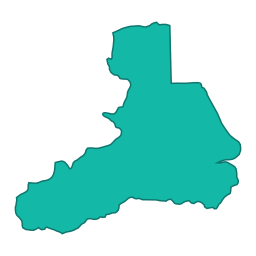 outline of Song, Sarawak, Malaysia
{"feature_id": "92858781B41369964486545", "entity_name": "Song", "entity_type": "district", "adm_level": 2, "iso_a3": "MYS", "parent_name": "Malaysia", "parent_adm1": "Sarawak", "projection": "natural_earth1", "projection_center": [112.482, 1.826], "detail": "fine", "context": "isolated", "style": "filled", "palette": "teal", "viewbox_px": 256, "rotation_deg": 0, "n_neighbors": 0, "source": "geoboundaries", "source_scale": "gbopen_adm2", "svg_char_len": 3721}
<svg xmlns="http://www.w3.org/2000/svg" viewBox="0 0 256 256"><path d="M61.6,233.0L62.3,233.7L65.5,232.3L67.2,231.8L69.3,231.5L71.3,231.0L73.8,230.2L75.5,229.2L77.9,228.1L79.9,226.1L81.4,224.3L84.7,222.5L85.7,221.0L87.5,218.9L90.4,218.6L94.0,219.4L96.6,219.1L98.4,218.4L100.4,216.8L102.4,217.3L105.1,217.1L106.1,214.6L108.2,214.3L110.2,213.8L112.0,213.0L115.4,212.7L116.7,211.9L118.2,210.2L118.9,208.1L119.1,205.0L121.2,203.3L122.6,202.7L124.6,201.5L126.2,200.2L128.0,198.6L129.8,197.5L132.4,197.1L134.2,198.3L136.4,198.8L138.2,198.4L139.6,198.6L142.6,199.7L144.3,199.7L156.2,199.9L160.1,200.7L166.1,201.1L168.2,199.6L170.9,199.3L172.4,200.7L174.6,203.3L176.1,203.8L179.4,204.2L181.5,203.7L183.9,202.0L186.7,201.1L189.1,200.7L191.4,203.0L193.9,203.5L195.9,202.2L198.0,201.4L200.5,202.0L202.0,202.9L204.1,204.8L204.6,206.8L206.8,208.4L210.1,207.8L213.0,207.4L214.3,208.8L216.4,208.6L217.9,206.3L218.9,204.2L220.5,203.0L221.3,201.7L222.2,200.2L223.7,198.1L224.9,196.8L226.8,195.3L227.8,194.7L229.2,194.0L229.5,193.8L230.2,193.4L230.7,190.9L230.9,187.3L232.4,186.2L235.0,185.2L237.1,184.5L238.2,182.6L238.2,180.4L236.8,177.0L236.7,173.2L236.1,169.0L234.6,166.7L231.9,164.9L230.3,164.1L227.6,162.4L225.2,161.8L222.8,162.3L220.3,162.9L217.3,162.8L219.6,161.6L222.0,160.8L224.5,160.0L226.9,159.7L229.2,159.7L230.7,159.5L232.4,159.2L234.6,158.3L235.8,157.5L239.2,154.4L240.6,150.3L240.6,147.5L240.2,144.4L238.5,141.7L235.5,139.7L233.0,137.9L229.9,135.3L226.5,130.7L224.2,127.3L221.7,123.5L217.5,113.6L208.2,96.8L207.1,94.4L206.6,92.2L204.1,88.3L201.9,87.3L201.2,84.3L200.4,83.3L198.4,82.7L194.2,82.7L190.0,83.0L185.6,83.3L182.4,83.3L179.8,83.2L171.2,83.3L169.8,25.5L165.7,24.4L164.0,24.4L163.9,24.4L161.7,24.5L159.7,24.8L158.6,24.3L156.5,22.3L153.7,23.0L151.7,24.0L149.9,25.5L147.5,26.4L145.2,27.1L142.7,26.6L139.3,25.8L133.8,26.1L130.1,26.4L127.1,27.1L122.1,28.6L116.5,31.3L112.9,32.8L113.2,34.5L113.8,37.4L113.8,40.6L113.2,46.6L112.7,49.6L112.1,52.8L112.0,56.0L112.1,57.6L111.3,59.3L110.0,58.7L108.6,58.2L106.9,59.4L107.5,62.1L107.8,63.9L108.8,65.5L109.4,66.8L109.5,69.5L111.0,72.4L112.8,73.9L113.7,74.6L114.6,74.9L115.9,75.1L116.1,75.1L117.5,75.2L119.0,76.8L120.0,78.4L121.7,78.9L125.0,79.1L127.5,79.2L130.0,81.9L130.7,84.2L130.5,86.4L129.5,88.2L128.5,90.0L127.6,92.1L127.2,95.4L126.8,97.3L125.9,99.1L124.7,101.3L123.9,103.3L123.0,106.5L121.9,107.0L119.7,107.2L118.4,107.7L117.0,110.5L116.2,111.9L114.9,113.3L113.8,114.0L111.1,113.9L108.6,113.3L106.7,113.0L104.7,112.7L103.1,113.2L102.8,114.7L104.1,116.2L107.0,117.6L108.9,118.5L111.5,121.0L113.2,121.7L115.0,124.1L115.1,125.2L115.9,127.1L117.0,127.7L118.7,127.8L120.0,128.8L121.1,129.9L121.6,131.7L121.3,133.5L120.9,135.2L120.0,136.3L118.5,137.5L117.7,138.1L117.0,138.5L115.6,139.5L114.2,141.0L112.3,143.0L110.8,144.4L109.0,145.3L106.9,145.9L105.2,146.4L102.9,147.1L101.1,147.5L98.8,148.2L95.5,148.4L93.1,148.1L91.1,148.0L89.1,148.0L87.5,148.2L86.0,150.3L85.5,152.4L84.5,154.1L83.6,155.2L82.5,156.1L81.0,156.9L79.2,158.4L77.0,160.1L74.8,161.2L73.4,162.6L72.8,164.2L72.0,166.8L71.0,168.4L69.6,168.7L68.1,166.2L67.0,164.6L65.6,163.2L65.0,162.4L63.6,161.6L62.1,161.1L60.4,161.3L55.3,162.5L55.1,163.9L54.8,168.0L54.4,171.3L53.4,174.5L52.3,176.7L50.3,178.6L48.2,179.8L45.5,180.6L42.1,181.1L38.6,182.6L36.4,183.2L33.1,183.1L28.8,182.7L28.2,184.9L28.2,189.1L27.1,190.9L25.3,192.2L22.9,193.5L20.6,194.5L16.5,197.6L16.8,199.9L16.4,202.4L16.1,204.8L15.4,207.3L15.4,209.9L15.8,213.0L17.1,215.5L19.6,217.9L21.9,221.0L22.2,223.8L22.3,226.1L23.0,227.9L26.0,229.5L29.2,229.9L31.5,230.2L33.8,230.2L35.9,229.2L38.7,227.6L40.3,229.0L41.7,229.7L44.7,229.2L45.5,227.7L46.8,227.2L49.3,228.2L54.7,230.0L57.2,231.2L59.2,231.8L61.6,233.0Z" fill="#14b8a6" stroke="#0f766e" stroke-width="1.5"/></svg>